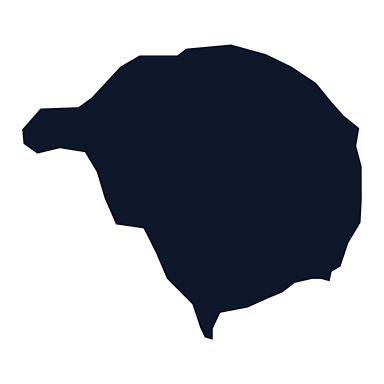 SVG path tracing the border of Zajas
{"feature_id": "MKD-2950", "entity_name": "Zajas", "entity_type": "Statistical Region", "adm_level": 1, "iso_a3": "MKD", "parent_name": "North Macedonia", "parent_adm1": "", "projection": "robinson", "projection_center": [20.899, 41.593], "detail": "fine", "context": "isolated", "style": "filled", "palette": "ink", "viewbox_px": 384, "rotation_deg": 0, "n_neighbors": 0, "source": "natural_earth", "source_scale": "10m", "svg_char_len": 699}
<svg xmlns="http://www.w3.org/2000/svg" viewBox="0 0 384 384"><path d="M358.4,128.5L355.4,146.0L360.9,166.5L361.0,199.2L359.8,222.3L347.6,242.7L339.9,265.9L330.9,271.3L329.0,280.4L321.0,278.1L312.0,278.1L294.3,282.2L282.1,291.7L268.7,297.2L247.6,306.7L219.7,312.1L212.0,328.5L212.0,338.7L205.3,336.7L200.8,327.1L193.1,304.0L167.5,278.1L156.5,252.3L144.1,227.7L116.5,223.7L105.3,197.8L97.6,171.9L85.4,151.5L66.7,148.5L59.8,147.4L37.5,152.8L24.2,143.3L23.0,129.7L40.9,109.3L78.7,107.9L91.9,98.4L121.0,67.1L139.9,56.2L155.3,56.2L177.6,56.2L186.4,49.4L212.7,47.0L230.9,45.3L265.4,54.8L290.8,67.1L315.4,83.4L330.9,102.4L343.1,116.1L358.4,128.5Z" fill="#0f172a" stroke="#020617" stroke-width="1.5"/></svg>